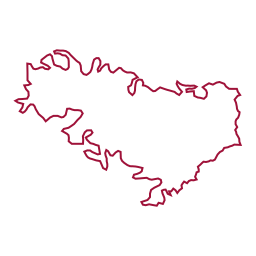 Altamira do Paraná, Paraná, Brazil (Albers equal-area conic projection)
{"feature_id": "56859067B67017349975974", "entity_name": "Altamira do Paraná", "entity_type": "district", "adm_level": 2, "iso_a3": "BRA", "parent_name": "Brazil", "parent_adm1": "Paraná", "projection": "albers", "projection_center": [-52.708, -24.824], "detail": "fine", "context": "isolated", "style": "outline", "palette": "rose", "viewbox_px": 256, "rotation_deg": 0, "n_neighbors": 0, "source": "geoboundaries", "source_scale": "gbopen_adm2", "svg_char_len": 4016}
<svg xmlns="http://www.w3.org/2000/svg" viewBox="0 0 256 256"><path d="M130.7,72.4L127.1,72.5L124.7,71.5L122.7,70.2L121.0,68.2L119.1,67.8L114.9,71.3L113.3,72.6L110.9,71.8L109.2,69.5L108.3,64.4L105.6,64.4L103.5,66.1L101.2,68.4L100.1,70.6L98.2,71.6L97.6,69.5L98.6,67.4L100.3,64.7L100.4,61.1L98.6,58.1L96.4,58.1L94.1,59.6L92.7,63.9L92.2,67.0L91.5,69.5L90.3,72.0L88.2,73.8L86.5,74.9L83.6,74.1L81.2,71.2L80.7,65.5L79.5,62.8L77.8,61.8L76.3,60.6L70.4,54.8L68.8,52.9L65.8,51.1L63.1,50.6L60.2,50.6L56.8,50.3L54.1,51.4L55.0,53.6L57.6,53.3L60.0,53.7L62.4,55.2L65.6,55.5L68.3,58.5L68.7,61.1L68.8,67.2L67.7,68.9L65.6,69.9L62.5,68.6L60.3,66.6L56.7,65.8L54.1,64.5L52.4,58.5L52.0,56.2L50.0,54.3L47.1,55.5L41.5,59.9L41.1,62.5L44.3,64.1L47.7,65.7L50.0,67.8L48.3,69.3L45.0,68.8L42.9,67.2L40.3,67.5L38.0,68.6L35.4,69.2L33.4,68.7L31.8,66.2L30.7,64.1L27.3,63.6L27.5,72.8L27.5,80.3L30.7,83.9L28.3,85.0L24.3,85.4L26.0,89.1L28.4,91.8L28.7,95.7L27.1,98.6L22.5,99.0L18.5,99.2L15.4,100.8L18.0,102.5L23.2,103.9L22.4,107.4L19.8,111.2L22.8,112.8L24.7,111.6L26.4,109.6L27.7,107.2L30.5,104.4L33.2,104.6L34.6,106.3L35.7,109.1L38.7,114.1L43.2,117.9L45.7,121.3L47.5,119.8L50.1,117.5L53.4,115.9L57.8,115.9L61.4,117.4L63.4,117.0L65.7,114.8L67.1,108.8L69.7,108.6L72.2,109.6L74.4,110.1L77.7,110.1L80.9,110.6L82.7,113.4L80.6,117.0L77.5,120.0L74.1,124.0L71.4,125.9L68.5,127.8L63.8,128.9L62.1,131.0L67.0,133.8L68.5,135.2L68.9,137.8L68.7,141.3L71.8,143.8L79.2,143.8L83.0,143.8L83.2,139.8L82.9,136.2L84.8,132.3L87.0,130.4L91.1,130.3L92.5,132.6L90.8,134.7L85.8,137.5L86.9,139.7L88.9,141.7L90.4,143.2L93.4,143.9L95.7,144.9L98.6,145.7L99.2,149.2L100.0,153.9L97.7,154.4L92.2,152.0L90.2,150.5L87.3,150.4L84.3,151.6L85.6,154.1L86.7,156.0L88.1,157.5L90.0,158.5L91.9,159.0L96.2,160.4L100.1,161.1L101.7,164.8L103.1,168.1L106.2,169.7L107.3,166.5L107.3,164.0L106.7,161.2L106.7,158.5L105.6,155.5L105.2,153.1L106.3,150.0L108.1,151.2L110.4,155.3L112.7,155.7L115.6,152.5L118.1,150.9L120.6,151.9L120.8,158.2L122.0,160.8L124.1,162.8L127.4,165.1L130.0,166.2L133.0,166.3L135.5,166.5L137.9,166.9L142.5,168.0L141.7,171.3L139.9,172.7L137.1,173.9L134.0,174.7L133.0,177.4L135.5,178.7L139.9,178.4L146.7,177.8L149.4,179.2L151.7,179.7L158.1,178.5L160.8,179.8L161.4,182.4L159.6,185.1L154.3,187.7L151.1,189.9L150.0,193.6L150.0,197.1L147.5,200.0L141.4,202.0L142.9,204.7L145.7,205.2L149.1,204.3L153.8,205.2L156.8,205.7L158.6,202.8L162.9,203.9L164.6,200.2L164.3,197.7L162.5,193.4L161.9,190.6L163.7,189.8L165.6,189.6L166.7,191.6L167.7,193.8L170.7,195.1L169.1,191.3L171.3,191.3L173.3,188.6L175.5,190.2L177.3,193.0L179.3,190.3L182.0,188.3L181.5,185.3L182.7,183.4L184.1,181.6L187.1,183.2L188.9,181.0L191.1,180.1L193.7,180.3L196.6,179.5L195.1,176.8L196.0,174.5L196.6,172.3L198.7,171.6L198.7,169.3L197.9,166.7L200.2,164.8L201.9,163.1L203.5,161.7L206.0,162.0L208.7,161.4L210.5,160.4L212.8,160.7L214.9,159.6L215.9,157.7L217.6,154.5L219.9,152.0L222.6,150.6L224.2,147.9L227.8,147.3L229.8,146.4L232.2,145.7L234.3,144.6L240.6,144.9L239.4,141.8L239.2,138.7L237.8,136.1L236.5,134.0L236.1,131.8L235.2,130.0L237.2,127.1L235.6,124.2L235.6,121.3L236.3,119.5L238.1,117.7L239.2,114.8L239.6,112.2L238.0,111.0L237.0,108.8L236.8,106.7L236.0,102.7L234.6,99.6L237.6,95.9L240.1,95.0L237.8,91.7L236.9,88.9L233.3,88.9L229.1,88.8L226.0,86.5L224.3,83.8L219.5,82.0L216.6,82.6L212.9,84.6L209.0,83.3L205.4,85.4L202.7,87.2L204.6,89.0L206.1,90.3L207.0,92.8L206.4,96.4L203.9,98.8L200.3,97.8L197.8,97.5L194.3,95.9L193.8,91.2L189.9,91.5L186.7,92.0L186.3,89.5L189.2,88.6L191.9,88.8L194.7,88.1L196.5,86.7L194.1,85.6L190.2,85.8L187.8,85.6L185.9,85.7L182.4,85.0L180.0,83.8L177.3,81.5L176.6,83.8L177.7,86.1L179.1,88.4L182.0,91.8L179.2,95.0L176.5,93.5L174.6,91.9L169.7,90.5L167.1,89.8L164.6,89.0L160.1,87.4L157.4,89.3L155.2,91.0L153.2,91.2L151.2,89.8L147.8,87.0L145.1,85.7L142.9,85.4L143.3,82.9L141.9,79.9L138.8,79.5L136.4,81.3L135.5,84.2L135.1,87.6L135.0,90.5L134.3,93.0L132.4,95.1L129.1,92.2L128.4,89.9L128.2,86.9L131.0,85.3L131.8,83.1L132.6,79.8L137.6,77.3L133.9,73.3L130.7,72.4Z" fill="none" stroke="#9f1239" stroke-width="2"/></svg>